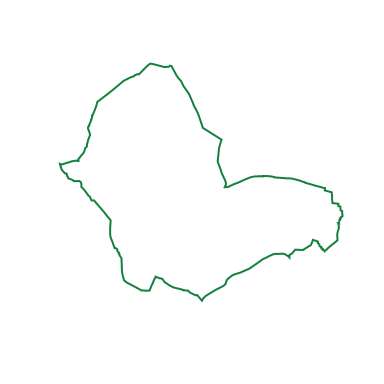 outline of Ozolaines pag., Rezeknes, Latvia, rotated 51°
{"feature_id": "27541924B10395676921147", "entity_name": "Ozolaines pag.", "entity_type": "district", "adm_level": 2, "iso_a3": "LVA", "parent_name": "Latvia", "parent_adm1": "Rezeknes", "projection": "robinson", "projection_center": [27.268, 56.437], "detail": "fine", "context": "isolated", "style": "outline", "palette": "green", "viewbox_px": 384, "rotation_deg": 51, "n_neighbors": 0, "source": "geoboundaries", "source_scale": "gbopen_adm2", "svg_char_len": 5619}
<svg xmlns="http://www.w3.org/2000/svg" viewBox="0 0 384 384"><g transform="rotate(51 192 192)"><path d="M272.6,86.3L272.5,86.5L265.4,91.6L265.1,92.0L264.9,92.1L264.5,92.3L261.7,94.2L255.9,98.3L255.6,98.1L253.8,99.4L250.9,101.1L249.1,102.4L244.8,105.6L242.4,108.0L241.0,109.8L237.7,113.2L232.6,118.7L232.2,118.6L230.4,120.1L228.5,121.8L226.8,123.7L224.3,126.7L224.6,126.9L223.9,127.7L223.3,128.4L221.8,130.1L221.2,131.1L220.4,132.2L219.4,133.4L217.6,136.7L215.8,142.4L215.6,143.1L215.1,144.9L214.9,146.0L214.1,149.1L213.1,152.2L212.1,155.3L210.7,161.0L209.0,163.4L208.9,163.5L208.8,163.2L208.4,162.7L208.2,162.3L207.9,161.5L207.6,161.0L207.2,160.6L206.8,160.3L206.3,160.0L205.0,159.4L204.0,159.0L201.6,158.4L200.0,158.0L197.0,157.3L196.0,157.0L195.2,156.7L194.7,156.5L193.3,155.9L192.2,155.5L189.5,154.6L186.5,153.6L185.1,153.1L184.5,152.9L182.5,151.0L180.8,149.2L176.3,144.8L175.4,143.8L174.2,142.4L172.8,140.4L170.9,137.7L169.9,136.1L161.1,139.1L155.5,141.0L149.1,143.2L140.7,140.1L134.9,138.0L132.4,137.4L126.7,136.3L126.4,136.3L123.2,135.2L114.2,132.7L108.4,132.2L104.5,132.0L102.8,131.6L99.0,130.7L94.5,130.9L91.9,130.7L81.1,128.7L80.2,129.4L80.0,129.6L80.2,130.7L78.2,134.0L77.8,134.6L68.6,141.4L67.7,142.1L65.9,143.8L65.9,147.9L66.4,152.5L67.2,159.3L66.2,160.0L65.2,162.9L65.4,163.5L65.6,164.0L64.4,167.0L62.6,175.0L62.8,187.9L62.8,194.7L62.4,208.8L65.2,212.7L67.1,216.0L69.6,220.4L69.7,220.7L69.7,221.1L69.5,221.5L70.0,221.9L70.6,222.1L70.8,222.3L71.1,222.8L72.1,224.3L72.5,224.8L72.3,225.0L73.8,226.9L74.1,227.6L75.2,229.7L75.2,229.8L76.4,230.9L76.5,231.0L76.8,231.0L76.0,231.4L76.5,232.3L77.8,233.1L80.7,234.0L81.9,234.5L83.3,235.1L84.9,237.6L85.3,238.5L86.7,240.7L86.9,240.8L89.0,243.8L89.3,244.0L90.4,244.9L90.8,247.5L92.6,250.1L93.5,252.0L94.0,255.6L94.3,256.5L94.7,258.0L94.8,259.4L96.5,260.7L95.6,261.6L95.0,261.8L94.8,262.1L94.6,262.5L92.7,265.8L92.2,267.0L91.9,267.7L91.6,268.5L89.4,273.9L89.1,275.0L88.4,276.0L88.1,276.3L87.0,276.9L87.6,277.2L90.1,278.2L90.2,278.3L90.3,278.2L91.0,278.6L93.1,279.2L95.5,279.1L97.6,279.0L98.9,277.9L100.0,278.3L100.2,278.5L100.6,278.9L100.8,279.0L101.1,279.0L101.7,278.9L101.9,278.9L102.8,279.4L103.0,279.5L103.4,279.6L103.6,279.6L104.3,279.0L108.1,277.0L109.0,277.2L109.3,276.9L111.5,274.1L112.3,272.9L112.7,272.7L114.0,272.2L114.8,272.4L116.1,272.9L116.6,273.2L117.7,274.2L118.4,274.8L121.7,274.4L126.9,274.6L129.7,274.8L130.1,274.6L131.0,274.4L131.6,274.4L133.1,274.8L135.0,275.3L135.6,275.2L136.7,273.5L137.6,273.4L143.4,273.3L147.3,273.1L148.4,273.1L151.9,273.0L157.3,273.1L162.7,273.0L163.4,273.6L164.1,274.2L168.5,278.3L169.2,278.8L171.0,280.4L172.6,281.6L175.1,283.4L177.9,284.4L179.6,284.9L187.1,287.5L187.3,287.4L187.3,287.1L187.3,286.9L187.5,286.7L188.4,286.3L188.9,286.2L189.3,286.1L189.6,286.2L190.8,287.1L191.0,287.1L191.3,287.2L192.7,287.1L193.1,286.9L193.3,286.9L193.6,287.0L193.9,287.1L193.9,287.4L193.9,287.5L193.5,287.6L196.4,288.2L199.3,288.6L200.1,289.2L201.2,290.1L203.6,291.8L208.6,295.7L211.8,297.7L215.1,299.2L218.0,300.4L218.3,300.3L218.6,300.2L219.1,300.1L220.2,300.0L220.8,299.7L221.3,299.7L222.0,299.4L225.6,297.8L232.4,294.9L237.0,293.1L237.9,291.7L240.0,289.6L241.9,287.0L238.9,281.6L237.8,279.0L237.4,278.7L234.9,273.5L238.5,271.6L239.7,270.5L241.2,269.7L244.7,270.0L250.6,268.2L254.4,266.5L255.8,265.5L262.1,260.7L262.5,260.9L266.4,257.0L268.1,257.1L269.5,256.5L269.9,256.5L270.6,256.0L273.4,254.8L274.8,254.0L275.3,252.8L277.4,252.8L282.3,252.7L282.8,252.6L282.3,251.7L282.1,251.3L281.8,250.2L281.7,249.4L281.6,248.8L281.5,247.6L281.5,246.1L281.6,245.3L281.9,242.8L282.4,239.4L282.6,237.8L283.0,234.9L284.0,230.4L284.5,227.9L284.8,226.3L284.6,223.7L284.2,223.5L284.0,223.1L283.0,221.5L282.7,221.0L282.5,220.5L282.3,220.0L282.3,219.7L282.2,219.2L282.1,218.4L282.1,215.6L282.1,215.2L282.1,213.7L282.6,211.3L283.0,210.2L284.6,206.3L285.2,204.8L285.3,204.1L285.4,203.7L285.9,202.1L287.6,195.9L287.9,193.0L287.9,192.7L288.0,191.5L288.2,188.8L288.7,181.4L288.8,179.2L289.3,177.3L290.2,173.6L290.4,171.9L290.8,170.9L291.4,168.4L291.7,167.8L291.8,167.2L294.3,164.0L295.5,162.4L296.9,160.4L298.6,159.0L300.9,158.3L301.9,157.7L302.2,157.7L303.4,157.5L304.2,157.5L303.5,156.9L302.3,155.9L302.3,155.4L302.8,153.4L302.4,151.2L301.8,148.1L304.5,145.0L307.0,142.1L307.0,141.1L307.3,138.9L307.4,138.0L307.6,136.4L308.0,133.9L308.1,133.2L307.1,131.1L305.3,128.1L307.4,126.8L309.8,125.3L310.6,125.9L310.7,126.3L312.7,126.0L312.8,126.1L313.0,126.1L314.1,126.9L316.1,126.2L316.0,126.7L317.9,126.9L319.0,126.9L319.0,126.2L321.6,126.2L321.4,125.7L321.4,125.1L321.4,124.1L321.3,122.5L321.2,121.8L321.1,115.7L321.2,114.8L321.1,109.4L320.7,109.0L319.4,108.1L318.2,107.1L317.2,106.6L316.0,105.4L314.9,104.2L314.6,103.7L314.0,102.8L312.7,101.0L312.1,100.2L311.8,99.9L311.6,99.7L311.3,99.7L310.4,99.2L310.1,98.9L309.6,98.6L309.3,98.6L309.2,98.6L309.0,98.4L308.9,98.3L308.6,98.2L308.6,97.9L308.4,97.9L308.5,97.8L308.4,97.8L308.4,97.6L308.2,97.5L308.2,97.3L308.2,97.1L308.0,96.9L307.9,96.7L307.7,96.3L307.5,96.1L307.2,95.7L307.1,95.4L307.0,94.9L306.8,94.8L306.5,94.8L306.5,94.7L306.5,94.4L306.3,94.4L306.2,94.2L305.9,94.0L305.9,93.9L306.1,93.9L306.2,93.7L305.6,93.5L305.6,93.4L305.7,93.2L305.9,92.9L305.6,92.5L305.5,92.3L305.4,92.2L305.5,92.1L305.6,91.5L305.6,91.3L305.7,91.1L305.7,90.8L305.6,90.6L305.3,90.4L305.4,90.1L304.5,89.5L304.0,89.3L303.0,88.5L302.8,88.4L302.5,88.2L301.6,87.5L301.3,87.3L300.0,88.1L298.8,87.4L297.8,86.6L296.7,85.9L295.1,87.1L294.8,87.0L294.5,86.8L293.4,85.6L290.2,88.6L290.0,88.9L289.0,89.8L287.8,88.9L287.1,88.6L283.7,86.1L283.0,85.4L281.9,84.8L280.2,83.6L274.3,87.8L272.6,86.3Z" fill="none" stroke="#15803d" stroke-width="2"/></g></svg>